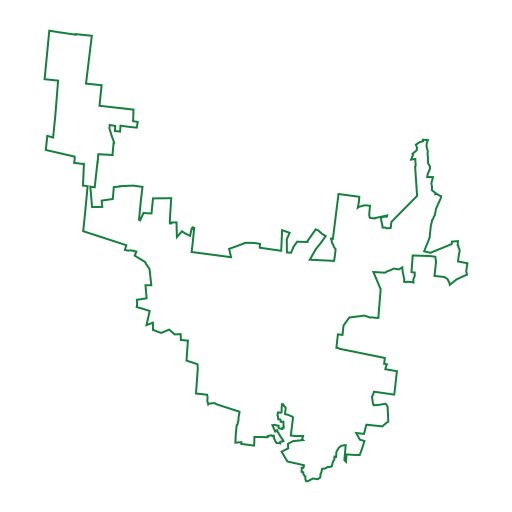 Motul, Yucatán, Mexico
{"feature_id": "50627088B18979328604802", "entity_name": "Motul", "entity_type": "district", "adm_level": 2, "iso_a3": "MEX", "parent_name": "Mexico", "parent_adm1": "Yucatán", "projection": "robinson", "projection_center": [-89.26, 21.165], "detail": "fine", "context": "isolated", "style": "outline", "palette": "green", "viewbox_px": 512, "rotation_deg": 0, "n_neighbors": 0, "source": "geoboundaries", "source_scale": "gbopen_adm2", "svg_char_len": 6078}
<svg xmlns="http://www.w3.org/2000/svg" viewBox="0 0 512 512"><path d="M338.5,194.0L332.9,238.8L331.1,238.5L331.0,239.2L331.4,239.8L331.7,240.7L331.6,241.1L332.0,242.8L332.6,244.0L333.1,244.6L333.7,246.5L335.0,248.5L335.6,249.2L335.0,254.8L334.1,260.9L309.8,259.7L316.0,248.9L320.8,243.0L325.7,236.0L323.4,234.7L321.9,233.7L318.3,230.5L315.7,229.4L307.6,240.9L307.5,242.0L297.1,241.7L293.3,247.2L293.3,247.4L291.1,252.7L286.9,252.5L286.8,239.2L289.6,232.8L282.1,230.2L281.2,250.8L259.7,247.7L260.0,243.9L255.4,243.1L251.9,242.9L244.9,242.9L244.5,243.0L244.2,243.4L240.7,244.7L229.1,248.9L231.1,257.2L191.6,252.0L192.7,243.0L194.2,227.8L192.6,227.4L192.2,228.8L191.6,228.7L190.1,235.8L186.0,233.9L181.9,231.3L176.9,237.1L176.5,222.4L171.0,222.5L171.1,223.4L169.9,223.4L169.8,221.6L170.0,217.7L171.2,198.2L153.0,198.4L151.5,213.5L143.5,213.0L140.1,220.3L139.0,219.7L140.9,200.3L142.5,186.9L133.1,185.6L119.8,186.2L119.8,186.5L113.8,187.1L112.8,199.0L101.7,200.6L102.3,206.9L92.1,207.1L90.3,186.6L94.7,187.3L97.5,161.9L97.7,162.0L98.3,154.2L112.7,155.0L112.6,153.6L113.6,142.9L114.1,142.9L113.8,141.6L111.9,136.5L109.4,128.3L109.7,125.0L115.2,125.9L114.9,131.0L120.1,131.6L120.5,125.7L131.9,127.2L136.8,127.6L137.7,121.9L133.1,121.2L133.5,109.6L99.5,105.8L101.6,85.2L86.0,83.6L91.8,35.8L75.6,34.1L75.6,34.7L59.9,32.4L49.3,30.7L44.6,79.2L58.1,80.6L55.2,116.9L53.1,137.5L47.3,135.9L45.8,150.0L74.6,156.6L74.7,159.6L74.1,162.8L82.1,163.9L83.9,163.8L83.0,185.6L87.6,186.2L85.0,214.0L83.2,231.2L126.3,245.2L124.9,250.0L128.1,250.6L131.1,250.3L136.4,251.6L134.7,255.6L145.1,262.0L145.6,262.6L145.6,263.2L146.0,263.9L149.5,268.9L151.3,285.3L145.5,285.2L146.6,298.3L136.9,299.8L137.1,302.8L137.0,305.6L136.7,307.1L143.0,308.8L149.7,311.0L146.5,325.1L152.9,322.7L153.0,329.9L158.8,332.1L161.2,332.9L169.2,329.6L174.0,333.8L174.4,334.4L180.7,334.2L180.9,340.0L187.9,340.6L186.5,360.6L197.5,364.2L197.8,368.3L196.0,393.5L202.3,394.2L202.5,394.1L204.2,394.5L207.1,394.7L207.6,397.5L207.3,400.8L208.2,404.4L209.0,403.6L214.3,403.1L217.5,404.6L239.5,411.7L239.5,412.3L238.5,417.6L238.5,419.9L237.4,424.8L236.7,425.1L235.7,435.4L235.4,442.7L241.4,442.2L241.3,443.9L254.1,445.6L254.3,441.4L254.4,436.9L263.8,437.1L266.9,437.3L267.0,436.7L268.1,436.6L268.1,435.9L271.6,435.3L272.3,436.0L273.0,435.7L273.8,435.7L274.0,436.7L273.8,437.5L274.3,439.0L275.0,440.2L275.1,440.7L276.5,443.0L278.9,443.2L279.4,443.1L280.0,443.3L279.8,442.7L280.2,441.9L280.8,441.8L281.1,441.5L282.8,441.5L283.5,441.0L282.3,439.0L281.3,437.8L280.9,437.1L280.4,436.5L279.9,435.3L279.2,434.5L278.3,432.7L278.0,432.4L277.7,432.3L277.3,430.2L276.7,430.2L275.2,431.5L272.4,425.2L275.1,424.8L276.8,425.5L278.6,425.7L278.5,426.2L278.6,427.9L280.3,428.6L281.2,428.6L282.3,429.2L282.5,429.1L282.7,427.6L283.8,427.6L283.5,425.1L283.4,421.7L280.7,421.8L280.5,420.6L280.6,420.2L280.5,419.9L280.0,419.3L279.1,419.4L278.2,419.2L278.0,416.5L277.5,415.4L277.5,414.6L277.8,413.9L277.8,413.0L278.0,412.4L280.9,412.7L281.5,412.4L281.7,410.0L281.6,408.1L281.9,405.8L282.0,404.2L283.4,404.4L283.6,405.2L284.0,405.9L285.6,407.4L285.5,407.9L285.7,408.4L285.6,409.6L285.1,412.4L285.0,413.8L285.2,414.3L287.7,414.7L292.6,416.8L292.7,417.3L293.0,417.8L290.8,435.5L296.0,436.1L300.9,435.9L303.1,436.0L302.1,439.1L303.1,440.1L293.1,441.1L288.0,443.8L288.2,448.3L281.6,451.7L287.4,461.5L303.9,465.2L303.9,466.0L303.8,466.9L303.2,467.2L303.1,467.9L301.7,467.9L301.6,471.9L303.3,472.2L303.3,473.7L304.7,476.2L305.4,476.4L305.4,479.4L306.2,481.3L307.9,481.1L313.0,478.5L317.8,479.2L320.3,477.4L320.6,473.6L321.3,472.6L322.0,469.0L323.8,468.5L324.7,468.7L325.2,468.5L327.6,467.0L331.0,466.8L331.9,466.2L332.6,462.8L333.0,461.6L333.7,460.4L334.3,459.8L334.3,458.0L334.5,456.8L335.2,457.3L336.1,457.0L336.4,451.8L337.3,450.4L338.6,448.0L340.3,446.5L341.4,445.8L345.3,445.1L345.7,445.1L344.4,460.1L346.0,461.8L346.5,454.4L353.6,454.9L359.7,455.0L361.6,449.9L364.5,441.0L359.9,439.7L356.2,433.0L364.0,433.9L366.4,424.7L382.5,426.4L382.9,425.9L386.6,422.6L387.6,422.3L388.3,421.2L387.6,406.6L385.7,403.7L378.1,405.0L376.0,405.2L374.9,404.9L374.0,405.4L373.3,404.6L372.9,403.2L372.0,396.8L373.3,394.0L374.0,391.7L394.2,394.6L394.8,390.3L396.9,371.2L385.4,369.2L385.5,369.0L385.6,367.7L386.0,366.8L386.4,365.2L386.9,364.4L385.7,364.2L384.9,363.7L384.2,363.8L384.8,358.0L340.0,348.9L338.8,348.4L338.1,347.9L336.4,347.8L337.9,334.4L342.5,334.9L343.5,325.6L349.3,317.5L364.4,315.6L370.3,317.6L372.2,317.3L375.8,317.9L378.4,317.9L379.0,308.9L379.5,303.4L380.7,289.1L379.9,287.5L373.4,272.0L385.1,272.7L387.1,271.4L391.1,270.0L392.5,269.1L393.8,268.6L398.9,269.4L402.3,267.3L402.6,271.3L404.3,279.7L404.1,281.8L406.3,282.0L408.0,281.7L410.2,282.1L411.3,281.9L412.1,282.2L413.5,282.5L413.3,280.2L413.2,279.8L414.8,275.8L414.6,275.0L414.8,273.4L414.7,272.5L411.5,272.1L412.7,255.5L429.4,256.0L435.3,256.7L436.0,261.4L435.9,263.2L434.5,275.9L444.3,277.0L447.5,279.0L449.3,282.7L449.8,284.8L456.6,279.4L463.1,276.3L467.0,274.7L466.2,271.1L467.4,263.2L458.0,261.5L458.8,255.1L459.7,250.8L459.2,248.6L458.6,247.8L458.2,245.4L457.7,245.3L457.9,241.1L451.9,241.6L451.7,244.1L430.4,252.8L424.2,251.3L429.8,237.1L429.8,235.7L430.7,226.7L431.8,221.9L432.1,220.0L432.9,219.4L433.9,216.6L434.9,215.0L436.0,208.8L440.9,197.9L441.0,196.2L439.0,195.3L436.7,193.9L435.4,194.2L435.6,193.1L431.9,190.2L432.0,187.0L431.4,183.4L431.6,182.2L433.0,177.1L427.2,177.0L427.7,174.2L430.0,168.7L429.9,166.3L428.2,163.5L427.9,160.6L427.9,155.9L427.5,154.1L427.8,151.8L427.3,149.1L426.6,146.8L426.5,146.0L426.7,143.3L427.9,140.1L423.0,139.7L423.1,141.1L419.7,142.2L418.0,143.2L417.3,143.8L415.9,144.6L416.9,147.5L417.0,148.3L416.6,150.4L412.5,153.8L413.1,154.7L411.1,159.6L415.3,159.0L415.3,159.8L415.7,165.9L415.1,166.5L417.1,195.9L391.4,221.9L390.7,227.9L388.0,228.3L386.3,228.2L385.2,227.5L383.8,227.7L382.5,227.5L382.5,226.0L381.4,221.2L380.9,217.6L384.1,216.7L386.9,216.7L387.2,215.4L374.6,218.2L374.6,218.4L372.2,218.2L369.7,217.7L369.2,214.3L370.0,205.8L366.9,205.4L364.0,205.4L359.0,206.8L357.8,207.7L358.8,202.4L359.3,196.8L338.5,194.0Z" fill="none" stroke="#15803d" stroke-width="2"/></svg>